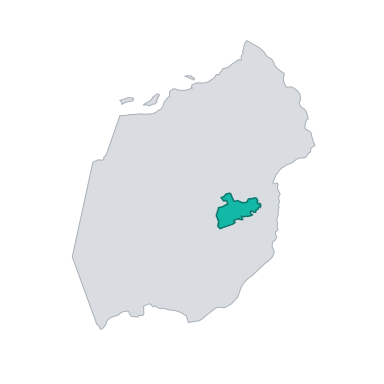 Chunya, Mbeya, United Republic of Tanzania shown in context, rotated 250°
{"feature_id": "72390352B92011686492741", "entity_name": "Chunya", "entity_type": "district", "adm_level": 2, "iso_a3": "TZA", "parent_name": "United Republic of Tanzania", "parent_adm1": "Mbeya", "projection": "robinson", "projection_center": [33.407, -7.806], "detail": "fine", "context": "in_parent", "style": "filled", "palette": "teal", "viewbox_px": 384, "rotation_deg": 250, "n_neighbors": 0, "source": "geoboundaries", "source_scale": "gbopen_adm2", "svg_char_len": 8477}
<svg xmlns="http://www.w3.org/2000/svg" viewBox="0 0 384 384"><g transform="rotate(250 192 192)"><path d="M148.5,268.8L144.9,266.7L141.6,265.4L138.9,263.9L137.7,262.5L135.2,261.9L133.0,261.7L131.0,260.4L126.9,259.9L126.4,259.0L126.3,257.1L125.6,256.6L124.1,256.1L122.5,256.1L121.5,256.4L120.9,256.3L119.6,255.1L118.3,253.7L117.8,251.3L115.9,249.8L113.7,248.7L107.7,248.8L106.7,248.4L105.3,247.2L103.6,245.3L102.2,243.1L101.0,240.1L99.8,236.0L92.8,219.8L92.1,216.7L90.7,213.3L88.5,209.2L86.1,206.1L82.9,203.3L79.3,200.5L77.3,198.6L73.5,191.0L72.8,187.4L72.2,183.7L72.4,182.2L74.7,177.4L75.0,176.1L74.7,174.3L73.5,170.5L72.1,165.9L69.1,157.5L68.6,155.3L68.7,153.8L70.4,145.2L70.4,144.0L77.4,144.2L82.5,140.5L86.9,134.9L87.8,132.5L89.6,129.0L91.4,127.2L92.1,125.9L93.1,122.4L95.4,119.9L97.7,118.1L97.2,116.8L97.5,116.3L98.8,115.3L101.2,114.5L101.6,112.6L101.6,110.5L101.2,109.3L101.3,107.9L100.9,107.2L99.4,107.0L97.0,105.9L95.1,105.5L93.7,104.9L93.2,104.4L93.0,103.1L94.1,99.9L93.0,98.5L95.5,93.1L95.9,92.5L96.8,92.4L98.2,91.8L99.5,91.5L100.5,91.7L101.3,91.5L102.0,90.9L102.6,89.1L103.1,86.0L102.8,83.5L101.8,81.6L101.5,78.6L102.0,74.7L101.6,71.4L100.5,68.8L99.4,67.2L97.6,66.5L94.9,62.5L94.0,60.5L94.2,59.3L95.1,58.8L96.9,59.0L98.5,58.5L100.1,57.4L101.6,57.1L102.3,57.3L172.0,57.3L253.4,108.7L253.7,109.3L254.4,113.8L254.2,115.2L253.0,117.8L252.6,119.1L252.6,120.1L252.9,120.4L254.0,120.6L254.9,121.2L255.2,121.6L255.9,123.6L256.8,124.5L287.7,149.8L288.4,150.1L287.9,152.3L286.2,157.4L286.1,159.5L285.4,162.0L284.7,163.7L282.9,170.9L281.4,173.6L279.4,180.0L279.0,184.8L280.1,188.2L280.6,191.4L282.9,194.5L284.8,195.6L286.1,197.0L288.4,200.3L289.7,203.6L293.8,205.2L295.4,208.8L294.8,211.3L292.9,213.4L291.1,216.8L289.6,221.3L289.6,228.0L290.6,227.0L292.7,228.7L293.0,233.7L290.7,239.5L290.0,242.2L289.9,244.6L291.5,251.5L294.0,255.1L293.8,256.2L293.1,257.1L297.3,263.4L296.9,268.9L298.5,273.1L299.2,276.8L300.2,279.6L300.4,281.6L299.1,283.7L302.2,284.3L304.0,286.0L304.8,287.7L307.0,287.7L308.2,288.8L309.9,289.8L313.7,292.6L314.8,294.0L315.4,295.4L304.8,304.4L301.0,306.7L298.3,307.7L295.4,308.3L292.6,309.7L290.0,312.0L286.7,313.1L282.6,313.1L278.4,314.6L271.6,319.3L267.7,316.7L264.7,315.9L261.2,316.0L259.0,316.3L258.2,316.8L257.6,318.4L257.0,321.0L254.7,323.5L250.6,325.9L246.9,326.8L243.5,326.2L241.2,325.2L240.0,323.8L238.2,323.1L235.8,323.3L233.6,324.2L231.4,326.1L228.0,326.9L223.3,326.7L220.8,325.8L220.4,324.2L218.4,322.4L214.6,320.3L211.8,320.3L210.1,322.3L208.4,323.5L206.9,324.0L205.6,324.1L203.7,323.6L198.5,323.3L193.6,323.4L193.1,320.5L192.1,318.8L191.2,317.7L189.5,317.5L189.0,316.7L188.5,314.9L187.6,313.3L186.5,312.1L185.8,310.9L185.6,309.8L185.8,308.6L186.8,305.7L187.2,303.7L187.0,301.6L186.5,299.5L185.3,296.9L185.4,296.2L185.1,294.5L185.0,293.3L185.2,291.8L185.0,289.8L184.0,285.6L184.0,284.5L182.9,282.4L179.7,277.6L179.5,277.0L174.4,272.1L172.3,271.0L171.6,271.9L171.3,272.8L171.5,274.3L171.4,275.1L171.2,275.5L170.0,275.4L169.2,275.2L167.2,273.9L165.7,273.6L162.0,273.8L160.6,274.1L159.6,273.8L157.6,271.6L155.3,271.1L153.2,271.0L149.7,268.5L148.5,268.8ZM294.4,187.4L296.1,192.8L295.8,193.8L294.6,194.4L294.0,194.5L293.3,193.6L292.7,191.8L291.8,192.2L290.3,190.1L288.8,190.0L287.4,187.4L287.9,185.1L287.6,181.3L289.3,179.4L290.3,176.1L291.3,178.3L291.5,181.8L293.0,186.0L294.4,187.4ZM302.7,155.5L302.8,156.8L302.4,158.0L302.5,161.8L302.4,164.3L301.1,167.8L300.0,169.1L299.1,168.7L298.4,168.1L297.8,167.2L299.0,160.7L298.4,156.1L300.8,156.5L302.7,155.5ZM299.0,232.8L297.8,233.1L297.3,232.8L296.6,231.8L297.9,230.9L299.1,229.1L302.0,226.6L303.3,224.6L303.1,226.5L301.5,230.9L300.1,231.2L299.0,232.8Z" fill="#d9dde1" stroke="#a8b0b8" stroke-width="1"/><path d="M176.7,217.5L176.0,217.8L175.8,217.8L175.4,218.0L175.0,218.0L174.6,218.2L174.2,218.2L173.8,218.3L173.4,218.5L173.1,218.5L172.9,218.6L172.6,218.9L172.5,219.2L172.6,219.4L172.5,219.6L172.7,220.0L172.8,220.1L172.5,220.7L172.4,220.8L172.1,221.5L171.9,221.6L171.4,221.6L171.0,221.7L170.8,221.6L170.5,221.4L170.3,221.5L169.9,221.6L169.6,221.5L169.4,221.5L169.2,221.4L168.9,221.4L168.3,221.5L168.0,221.4L167.9,221.2L168.0,220.9L168.1,220.3L168.4,219.8L168.4,219.6L168.3,219.1L168.3,218.6L168.3,218.4L168.0,217.8L168.0,217.5L167.9,217.1L167.9,216.7L167.7,216.3L167.7,215.9L167.7,215.7L167.7,215.4L167.8,214.9L167.9,214.4L168.0,212.8L168.2,211.9L168.2,211.7L168.1,211.4L167.9,211.2L167.4,211.1L167.1,211.0L166.9,211.0L166.8,210.9L166.6,210.9L166.4,210.6L166.2,210.4L165.9,210.4L165.7,210.3L165.4,209.5L165.3,209.4L165.2,209.3L164.9,209.2L164.6,208.9L164.3,208.8L164.1,208.7L163.8,208.5L163.3,208.2L163.2,208.1L162.8,207.7L162.7,207.5L162.6,207.4L162.5,207.2L162.4,207.1L162.1,207.1L161.8,207.1L161.7,207.1L161.2,206.9L161.0,206.7L160.8,206.7L160.5,206.8L160.3,206.7L160.2,206.7L160.1,206.8L159.8,207.0L159.6,207.1L159.4,206.9L159.2,206.9L158.9,206.9L158.7,207.0L158.4,207.2L158.1,207.1L157.7,206.9L157.6,207.0L157.4,207.0L157.3,206.9L157.2,206.8L156.9,206.9L156.7,206.8L156.3,206.9L155.7,206.9L155.4,207.1L155.1,207.0L154.8,207.0L154.5,206.9L154.4,206.9L154.2,206.5L153.9,206.4L153.7,206.1L153.0,206.0L152.9,206.0L152.9,205.8L152.7,205.8L152.7,205.6L152.4,205.4L152.2,205.3L152.0,205.1L151.9,204.9L151.7,204.8L151.4,204.9L151.0,204.9L150.8,204.8L150.7,205.0L150.2,204.9L149.9,204.9L149.8,205.0L149.7,205.1L149.5,205.3L149.2,205.4L149.0,205.6L148.9,205.6L148.4,205.6L148.4,205.8L148.2,205.8L148.0,206.2L147.9,206.3L148.0,208.2L148.0,209.0L148.0,212.0L147.9,216.3L148.0,216.8L147.9,217.1L148.0,218.1L147.9,219.5L148.0,219.9L148.2,220.4L148.3,220.9L148.5,222.0L149.0,221.9L149.4,221.6L149.7,221.6L149.9,221.5L150.6,221.5L151.1,221.7L151.1,222.1L151.1,222.3L151.1,222.5L151.0,223.1L150.9,224.0L151.0,224.3L150.9,226.6L151.0,226.9L151.0,227.1L150.1,227.2L149.9,227.7L149.6,228.0L149.5,228.4L149.4,228.7L149.3,228.9L149.2,229.3L149.0,229.6L148.9,229.8L148.8,230.2L149.3,230.2L149.8,230.1L150.1,230.2L150.5,230.1L151.3,230.1L152.2,230.1L152.0,230.5L151.9,230.7L151.7,230.9L151.6,231.3L151.4,231.7L151.3,232.0L150.7,233.0L150.8,233.3L150.9,233.6L150.9,233.8L150.9,234.0L150.7,234.5L150.7,234.9L150.3,235.2L150.2,235.7L150.1,235.8L150.1,236.1L150.1,236.4L150.1,236.7L150.1,237.1L149.8,237.5L149.6,237.8L149.7,238.0L149.8,238.2L149.8,238.4L149.7,238.6L149.8,239.0L149.8,239.3L149.8,239.5L149.6,239.9L149.6,240.1L149.7,240.3L149.7,240.5L149.8,240.8L149.9,240.7L150.0,240.7L150.4,240.5L150.8,240.3L150.8,240.1L151.0,239.8L151.4,239.7L151.9,239.8L152.1,239.8L152.5,240.0L152.9,239.9L153.1,239.9L153.3,240.1L153.6,240.1L153.8,240.6L153.9,241.0L153.9,241.3L153.5,241.5L153.3,241.9L153.0,242.1L152.9,242.2L152.7,242.6L152.6,242.8L152.1,242.9L151.7,243.1L151.6,243.3L151.6,243.5L151.5,244.3L151.4,244.4L151.3,244.5L151.3,244.9L151.8,245.0L152.2,245.4L152.3,245.6L152.6,245.8L152.9,245.8L153.1,245.8L153.1,246.1L153.1,247.1L153.2,247.9L153.3,247.9L153.3,248.0L153.5,248.4L153.6,248.5L153.9,248.7L154.2,248.9L154.4,249.3L154.5,249.5L154.9,250.0L154.9,250.7L155.0,250.8L155.3,251.0L155.3,251.3L155.3,251.6L155.2,251.6L155.9,252.0L156.4,252.2L156.7,252.0L156.9,252.0L157.3,252.0L157.6,252.0L158.7,251.9L158.4,251.8L158.2,251.7L158.2,251.4L158.2,251.2L158.0,250.4L158.2,250.2L158.6,250.3L158.8,250.1L159.1,249.8L159.4,249.7L159.7,249.5L159.9,249.4L160.0,249.4L160.2,249.7L160.3,249.9L160.6,250.1L160.7,250.3L160.9,250.5L161.0,250.6L161.5,250.9L162.1,250.9L162.3,250.8L162.3,250.7L163.8,250.5L164.0,250.5L164.3,250.1L164.5,249.7L164.7,249.2L165.0,249.0L165.1,248.8L165.1,248.6L164.9,248.0L164.9,247.6L165.2,247.2L165.3,246.6L165.3,246.2L165.3,245.8L165.3,245.6L165.3,245.4L165.5,245.0L165.6,244.7L166.0,244.4L166.0,243.9L166.0,243.6L166.0,243.2L166.0,242.8L166.0,242.7L165.8,242.2L165.6,242.1L165.4,242.0L165.3,241.9L165.1,241.4L164.8,241.2L164.6,241.1L164.3,240.8L164.1,240.8L164.0,240.7L163.8,240.5L163.8,240.1L163.8,239.5L163.8,239.0L163.9,238.3L163.9,238.1L164.0,237.9L164.1,237.6L164.2,237.3L164.4,237.1L164.5,236.9L164.5,236.7L164.6,236.2L164.8,235.9L164.7,235.7L164.8,235.2L165.6,234.7L166.0,234.4L166.2,234.0L166.6,233.8L166.8,233.4L166.9,233.2L167.7,232.7L167.9,232.5L168.1,232.3L168.3,232.0L168.4,231.9L168.4,231.4L168.4,230.6L168.5,230.3L168.4,230.0L168.5,229.4L168.6,229.0L168.6,228.9L168.7,228.7L169.2,228.4L169.3,228.2L169.8,228.3L170.4,228.1L171.1,228.2L171.5,228.1L172.1,228.0L172.3,228.0L172.5,228.0L173.3,227.8L174.4,227.8L175.2,227.9L176.3,227.8L177.4,227.5L177.9,227.2L178.0,227.0L178.0,226.9L178.4,223.8L178.4,223.1L176.9,220.7L176.7,217.5Z" fill="#14b8a6" stroke="#0f766e" stroke-width="1.5"/></g></svg>